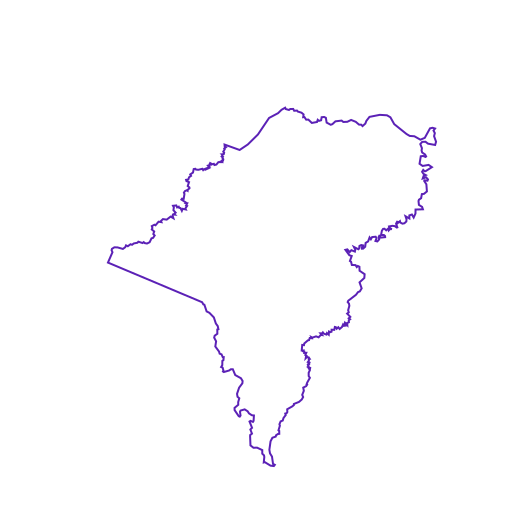 Humaitá, Amazonas, Brazil (orthographic projection), rotated 23°
{"feature_id": "56859067B63589902021131", "entity_name": "Humaitá", "entity_type": "district", "adm_level": 2, "iso_a3": "BRA", "parent_name": "Brazil", "parent_adm1": "Amazonas", "projection": "orthographic", "projection_center": [-62.357, -7.512], "detail": "fine", "context": "isolated", "style": "outline", "palette": "violet", "viewbox_px": 512, "rotation_deg": 23, "n_neighbors": 0, "source": "geoboundaries", "source_scale": "gbopen_adm2", "svg_char_len": 6127}
<svg xmlns="http://www.w3.org/2000/svg" viewBox="0 0 512 512"><g transform="rotate(23 256 256)"><path d="M354.9,440.9L352.9,440.7L349.1,434.4L346.0,432.2L344.0,429.1L341.8,420.9L342.1,416.9L344.7,414.5L344.5,413.2L345.7,411.3L346.9,410.6L345.7,407.9L344.8,407.7L344.3,402.9L343.3,401.7L343.3,398.6L344.9,397.0L344.6,394.4L345.5,390.8L344.5,389.6L345.6,388.7L345.8,387.4L344.6,384.9L348.2,380.2L349.1,378.4L348.7,377.4L352.6,373.5L354.2,370.2L354.5,367.4L352.8,365.8L352.7,361.4L350.9,358.7L353.0,356.2L353.3,354.5L352.7,354.4L352.6,352.4L353.2,347.1L351.4,345.9L350.1,342.9L350.2,340.0L348.5,338.8L349.8,338.8L349.6,337.8L347.1,337.8L347.3,336.9L346.1,335.8L346.3,335.0L347.9,335.5L347.0,334.9L346.9,333.2L345.2,333.3L345.6,331.7L344.8,330.2L345.6,329.7L344.1,328.7L342.0,329.3L341.9,328.3L340.1,327.9L340.1,325.5L338.2,326.4L337.8,325.1L336.6,325.3L336.6,324.4L335.0,325.1L333.3,319.8L335.0,319.3L334.6,317.7L336.7,313.4L337.7,312.7L337.5,310.5L339.5,309.9L338.6,309.0L339.8,309.1L342.7,306.5L345.4,306.4L346.5,303.3L347.6,303.0L345.6,302.0L347.1,301.4L347.4,300.2L348.8,301.0L351.5,300.8L351.4,299.2L353.7,300.0L352.7,297.0L354.3,297.0L355.1,296.2L354.4,294.3L356.9,293.4L356.3,290.5L357.3,290.3L358.7,291.4L359.6,289.4L361.5,290.5L362.9,287.7L362.9,285.2L364.1,286.0L365.3,285.3L364.1,284.6L363.9,282.6L367.1,284.0L366.1,282.0L367.4,280.7L366.5,278.9L367.3,277.5L365.7,277.1L366.6,275.2L362.4,273.4L363.4,271.6L362.0,269.9L361.4,265.4L360.2,263.5L358.4,262.6L358.4,261.1L363.2,252.6L364.0,249.4L365.4,248.0L365.9,244.5L361.6,239.8L364.3,233.9L363.1,230.3L357.1,229.1L355.4,225.5L353.6,225.4L353.1,226.8L351.2,225.5L347.7,226.8L345.8,224.2L344.4,223.9L344.1,218.6L341.6,218.8L335.9,215.4L337.5,214.2L340.7,215.8L341.5,213.4L345.3,213.3L344.9,211.4L342.6,209.4L347.6,209.8L348.0,208.8L347.3,206.3L348.6,204.8L350.5,204.4L350.8,205.4L349.9,206.7L350.6,207.9L351.7,207.4L352.9,204.8L351.8,201.1L353.5,198.8L353.3,194.5L355.2,195.7L355.5,193.2L358.6,191.5L360.0,192.4L360.1,195.5L362.0,195.2L362.9,192.6L361.5,190.4L361.6,189.1L362.2,188.9L363.5,190.4L367.5,188.2L367.0,187.2L365.5,186.7L362.9,187.8L362.0,183.6L362.4,181.4L363.6,180.7L365.8,181.5L367.0,179.0L368.2,180.6L368.8,178.9L370.5,178.2L367.8,177.9L366.9,176.8L369.8,174.9L372.0,174.3L374.5,174.8L374.9,174.4L372.3,171.5L372.5,169.3L373.2,169.2L373.6,170.3L374.9,167.7L375.7,168.8L378.2,169.0L379.8,167.9L380.9,165.5L380.2,163.4L378.1,161.0L382.5,161.5L381.3,158.7L383.3,156.9L386.1,159.0L386.2,154.6L384.7,150.9L391.4,147.8L389.7,145.9L386.0,145.3L384.1,141.9L384.0,140.5L385.4,138.3L384.5,134.2L386.3,133.2L388.1,129.8L384.8,123.4L381.5,121.2L381.5,120.5L384.4,119.7L384.4,118.3L381.8,117.1L379.2,119.5L379.0,116.9L380.6,115.2L378.2,115.0L376.0,113.6L376.3,111.4L378.1,112.1L379.0,111.6L383.2,105.5L379.3,104.7L374.2,108.0L370.5,107.2L368.7,99.8L370.8,98.6L373.3,98.6L373.7,97.9L372.0,96.5L368.5,95.8L367.2,94.2L366.6,91.9L363.5,88.8L364.4,86.0L367.4,84.6L370.4,85.4L377.5,83.8L377.1,80.5L373.1,76.1L372.6,73.0L370.4,71.2L371.0,68.7L368.4,69.0L366.3,70.5L365.2,81.3L361.9,84.7L355.0,83.9L350.6,85.4L346.9,84.9L331.7,80.6L325.5,75.8L321.6,75.3L314.8,77.7L306.1,83.6L304.8,88.5L304.9,91.4L303.3,94.8L301.6,94.0L299.5,94.8L295.4,93.5L290.4,93.6L287.6,96.8L284.0,98.5L281.9,97.9L276.5,101.0L274.8,104.8L273.5,106.0L268.9,105.6L266.3,101.5L264.4,101.4L262.2,102.6L262.9,105.6L261.2,107.0L259.6,106.5L259.8,108.8L255.4,111.7L250.9,110.0L248.9,110.9L246.3,109.2L245.2,109.8L244.5,107.1L241.9,106.3L238.0,106.7L236.9,106.1L234.4,107.4L232.8,106.1L230.1,107.3L229.3,108.7L226.0,109.1L224.9,108.1L222.4,111.4L220.5,115.9L214.1,123.8L210.3,143.4L204.9,156.5L199.5,164.8L183.5,165.7L184.5,167.6L185.8,167.7L184.8,169.5L185.5,170.0L185.1,172.8L186.3,173.3L186.5,174.8L184.9,175.7L185.8,176.0L185.5,177.7L186.8,177.7L186.7,178.8L188.1,179.7L188.4,181.2L186.9,182.6L187.8,183.0L184.7,184.3L183.8,187.3L182.2,188.5L181.2,187.6L179.1,189.2L179.0,188.5L177.9,188.4L178.3,189.4L177.4,189.3L177.5,190.8L176.6,191.5L178.2,192.1L177.7,192.5L178.6,193.1L176.4,195.5L176.3,194.5L175.8,194.9L175.3,196.3L174.4,196.2L173.8,197.6L172.5,196.7L169.2,199.2L167.0,199.9L166.1,199.4L164.7,200.3L165.4,203.8L163.6,206.6L164.9,207.6L163.6,209.7L163.8,212.0L161.9,213.2L162.7,214.2L165.5,214.2L165.8,218.3L167.9,218.9L168.3,219.7L167.3,221.6L167.6,222.7L166.6,222.5L165.2,224.1L164.9,225.9L165.9,226.8L167.1,231.6L165.5,232.1L165.3,233.2L170.8,234.2L170.6,234.7L172.1,234.3L171.9,236.9L173.0,236.9L172.4,239.9L173.2,240.6L170.1,241.2L170.1,243.4L167.8,241.4L166.5,241.7L165.6,240.8L164.4,242.1L162.9,240.6L160.0,242.2L161.4,243.4L162.1,246.1L165.1,247.5L164.2,249.2L165.2,249.6L163.4,250.2L163.4,251.4L165.2,253.5L162.0,253.1L159.6,257.4L155.9,258.4L154.8,261.0L155.7,261.8L152.9,262.5L151.5,267.0L150.3,266.9L148.4,269.2L149.7,270.7L149.7,272.3L152.7,273.2L152.9,275.9L154.7,276.7L154.2,279.5L152.9,280.6L152.7,284.9L150.8,287.1L148.5,287.6L147.2,287.1L146.5,288.4L142.1,288.8L141.7,290.1L138.6,292.2L137.5,294.1L135.9,294.2L134.2,297.1L132.2,297.0L132.2,299.0L130.7,301.5L125.1,302.2L122.2,303.4L120.6,305.7L120.8,307.1L122.4,308.6L122.3,319.9L224.5,319.6L226.4,321.1L227.5,321.0L232.2,326.3L235.3,326.5L241.2,329.0L245.4,333.8L248.2,335.5L250.0,338.1L249.1,338.8L250.8,342.7L249.1,345.5L249.4,347.5L252.6,350.1L253.9,355.2L259.3,358.4L260.7,360.1L262.7,360.0L264.9,362.1L265.8,361.7L266.7,364.6L266.0,365.7L267.6,369.6L267.3,371.8L268.9,371.8L270.8,374.2L270.7,375.2L271.7,375.4L276.0,371.9L277.1,370.1L278.9,369.3L283.4,373.7L289.9,374.4L292.5,376.3L293.2,378.5L291.9,383.8L292.4,390.3L294.0,392.8L296.2,393.5L296.7,397.5L297.8,399.9L295.6,404.2L296.5,406.2L302.7,410.2L303.8,410.2L304.1,408.9L302.1,405.6L302.2,404.3L305.5,401.6L309.0,402.2L311.0,403.6L314.4,404.2L316.4,403.6L318.2,408.7L318.0,409.9L315.4,409.9L314.7,410.9L319.5,415.7L318.6,417.9L321.7,421.1L320.6,423.0L320.9,424.0L324.9,432.5L328.6,433.5L331.8,432.0L337.6,432.2L339.0,435.5L341.3,436.4L342.2,437.8L343.8,443.0L344.6,442.3L351.3,443.3L354.5,442.4L354.9,440.9ZM341.5,329.8L342.1,329.7L341.7,330.7L341.5,329.8ZM187.9,180.3L187.4,181.4L187.9,181.6L187.9,181.0L187.9,180.3Z" fill="none" stroke="#5b21b6" stroke-width="2"/></g></svg>